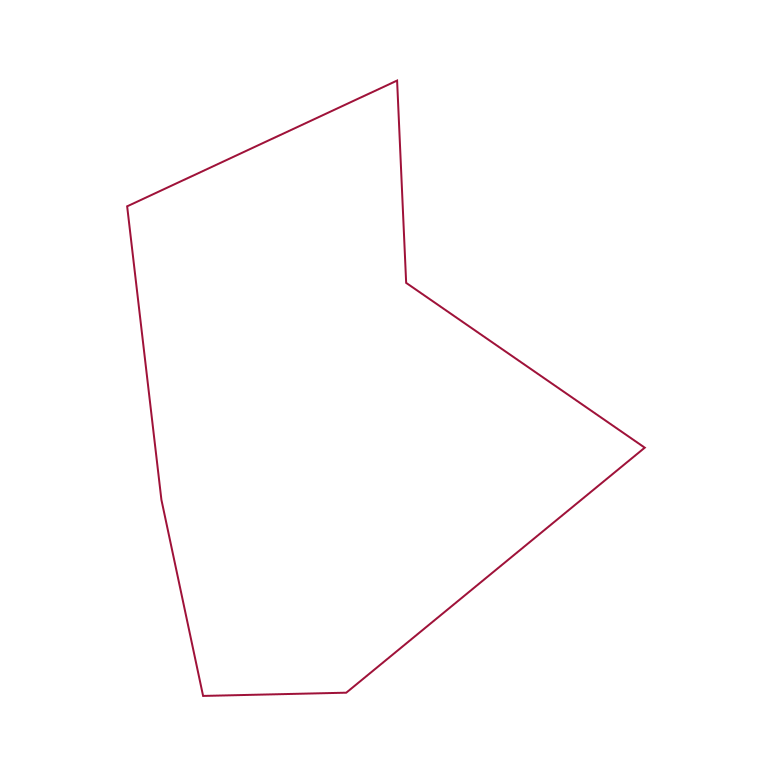 English River, orthographic projection, rotated 168°
{"feature_id": "SYC-5213", "entity_name": "English River", "entity_type": "state/province", "adm_level": 1, "iso_a3": "SYC", "parent_name": "Seychelles", "parent_adm1": "", "projection": "orthographic", "projection_center": [55.454, -4.609], "detail": "fine", "context": "isolated", "style": "outline", "palette": "rose", "viewbox_px": 768, "rotation_deg": 168, "n_neighbors": 0, "source": "natural_earth", "source_scale": "10m", "svg_char_len": 261}
<svg xmlns="http://www.w3.org/2000/svg" viewBox="0 0 768 768"><g transform="rotate(168 384 384)"><path d="M625.8,116.5L625.8,317.0L598.3,611.2L308.1,678.1L341.3,478.3L142.2,267.5L485.1,89.9L625.8,116.5Z" fill="none" stroke="#9f1239" stroke-width="2"/></g></svg>